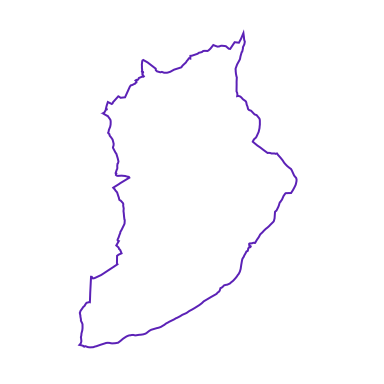 outline of Darjiu, Harghita, Romania, rotated 274°
{"feature_id": "2599482B71021034513413", "entity_name": "Darjiu", "entity_type": "district", "adm_level": 2, "iso_a3": "ROU", "parent_name": "Romania", "parent_adm1": "Harghita", "projection": "robinson", "projection_center": [25.165, 46.198], "detail": "fine", "context": "isolated", "style": "outline", "palette": "violet", "viewbox_px": 384, "rotation_deg": 274, "n_neighbors": 0, "source": "geoboundaries", "source_scale": "gbopen_adm2", "svg_char_len": 5962}
<svg xmlns="http://www.w3.org/2000/svg" viewBox="0 0 384 384"><g transform="rotate(274 192 192)"><path d="M236.4,274.1L235.9,272.6L236.1,272.1L236.2,271.6L236.0,269.0L236.0,268.5L236.3,267.6L236.4,266.9L236.4,265.5L236.2,264.7L238.9,260.4L241.3,256.8L242.9,254.0L246.4,249.1L248.0,249.7L249.3,250.5L250.4,251.7L251.5,252.4L256.6,254.3L260.5,254.9L261.9,254.9L264.0,255.0L268.0,254.7L269.4,254.4L270.2,253.9L273.2,251.1L273.3,250.8L273.6,249.5L273.8,249.0L274.3,248.4L276.9,245.6L277.3,245.0L277.7,243.3L278.5,242.3L279.1,242.0L281.1,241.4L282.9,240.5L285.4,239.8L285.9,239.5L286.4,239.1L288.1,236.3L289.5,234.9L290.4,233.8L290.7,233.2L291.1,231.4L290.8,230.4L292.1,230.5L292.8,230.4L294.1,230.1L295.5,229.4L302.5,229.0L305.0,228.8L309.5,228.7L310.4,228.3L313.0,227.6L315.9,227.1L316.8,227.1L317.3,226.9L318.2,226.9L322.4,228.1L326.7,230.1L328.0,230.6L330.7,230.9L335.0,231.8L335.5,232.3L338.8,232.8L339.9,232.7L343.0,233.9L345.6,234.2L347.3,233.5L348.7,233.2L350.1,233.0L354.1,232.2L348.2,230.2L344.2,228.4L344.4,224.1L337.4,220.1L337.5,218.7L339.0,216.7L339.8,215.6L339.9,214.6L340.0,211.4L339.7,210.2L339.1,209.0L338.8,207.3L339.4,205.1L340.1,203.0L336.2,200.3L334.3,198.5L333.7,197.4L333.8,196.3L333.6,194.0L333.4,193.5L333.2,193.0L332.5,192.4L332.0,191.3L331.3,189.0L330.3,188.0L328.0,182.5L327.7,180.9L325.0,181.0L325.3,179.8L325.2,179.6L323.5,178.6L322.2,177.6L320.8,176.9L317.7,174.0L316.6,173.2L315.8,172.8L315.5,172.4L312.8,165.6L310.4,161.9L309.3,159.1L309.0,155.9L309.7,153.6L309.2,152.1L309.9,148.7L311.0,147.4L312.5,147.2L318.2,138.6L320.3,134.2L319.7,133.4L318.6,133.2L315.4,133.1L314.1,133.3L312.1,133.4L311.4,133.6L310.8,133.6L310.3,133.8L308.5,133.6L308.3,133.8L308.7,134.1L308.4,134.7L307.7,134.9L307.3,134.6L307.1,134.3L306.5,134.2L306.3,134.2L305.6,134.4L305.4,134.8L305.1,135.0L304.5,135.4L304.0,135.9L303.9,135.8L303.6,135.5L303.6,135.3L303.5,134.0L302.8,132.7L302.1,131.2L301.9,131.0L301.4,130.8L300.7,130.6L300.1,130.0L299.9,129.5L300.0,128.8L299.3,127.9L298.7,128.6L297.9,129.0L297.4,128.9L297.0,128.2L295.9,127.4L295.9,127.1L294.6,125.0L294.1,123.5L292.6,122.6L281.8,118.6L281.0,114.2L281.9,112.8L282.3,111.8L276.0,106.9L274.9,106.6L274.2,105.8L275.9,101.8L272.4,100.9L269.0,100.3L268.7,101.3L268.8,102.0L268.1,100.4L265.2,99.0L264.8,98.4L264.8,98.7L263.9,98.3L263.2,99.7L262.5,101.2L262.2,101.6L262.1,102.5L259.2,104.9L258.0,105.7L256.3,106.0L253.5,106.1L251.3,105.8L248.3,104.8L245.9,104.5L245.3,104.2L244.8,104.4L244.0,105.5L242.4,106.0L240.7,107.6L238.8,109.1L237.4,109.6L234.6,110.5L233.0,110.5L231.0,110.0L230.4,110.2L226.0,112.9L224.8,113.9L220.3,115.6L217.3,116.5L216.2,116.3L215.4,116.1L215.0,115.7L212.8,115.6L211.2,115.8L209.9,115.8L209.1,115.4L205.6,114.5L205.3,115.0L205.2,114.9L204.8,114.9L203.7,114.9L203.1,115.8L202.9,116.8L203.4,120.6L203.3,124.3L202.9,125.9L202.7,127.8L202.4,128.2L201.9,128.5L195.8,119.8L194.8,118.6L190.8,113.1L190.1,113.7L189.2,114.9L188.4,115.3L186.4,117.3L182.2,119.0L181.4,119.4L180.8,119.5L179.1,120.1L178.7,120.8L178.4,121.5L176.2,123.8L175.2,124.3L173.5,124.3L170.9,125.0L168.1,125.0L166.2,125.4L163.0,125.9L159.9,126.5L159.5,126.8L158.4,126.9L155.7,126.9L154.3,126.4L153.6,126.1L149.6,124.5L147.1,123.3L145.7,123.2L144.5,122.7L141.7,122.0L139.3,121.1L138.5,121.2L138.1,121.6L137.9,122.4L133.4,120.2L131.6,122.5L130.9,122.9L130.0,123.3L129.9,123.6L129.0,124.5L125.9,126.0L124.4,123.2L123.1,121.7L115.6,122.1L114.7,122.7L104.0,108.7L102.8,107.1L99.3,100.8L99.0,99.8L98.9,99.1L99.1,98.9L99.2,98.5L99.7,98.4L99.8,98.3L99.9,98.0L100.3,98.0L100.4,97.9L100.4,97.2L84.5,97.5L76.1,97.8L74.9,97.8L75.0,97.0L74.4,95.6L74.3,94.9L73.7,94.2L71.9,93.2L71.1,92.9L69.4,91.3L68.2,90.7L66.8,89.8L65.2,88.9L64.3,88.8L63.5,88.5L63.1,88.7L61.7,89.0L61.4,89.2L59.8,89.4L57.2,90.1L56.3,90.1L55.6,90.3L53.6,91.5L52.4,92.0L48.6,92.3L46.4,92.2L43.1,91.6L41.3,91.6L39.4,91.3L39.2,91.4L35.8,92.0L35.0,92.0L33.3,91.6L32.8,91.3L31.6,90.4L31.3,92.6L30.9,94.3L30.4,94.6L30.5,95.1L30.3,95.4L30.5,95.6L30.7,96.1L30.7,96.5L30.0,99.0L29.9,101.1L30.3,104.3L30.7,105.2L31.1,106.1L31.4,107.2L33.1,111.1L35.0,115.9L35.4,116.8L35.7,118.5L35.7,120.4L35.5,121.4L35.4,122.9L35.8,125.9L36.5,128.8L38.7,131.3L40.7,133.3L42.1,135.1L43.3,136.7L44.0,138.0L44.6,139.4L44.7,140.5L45.0,141.2L45.3,143.0L45.3,143.5L45.0,145.3L45.1,146.0L45.8,149.0L46.1,151.1L46.6,153.3L47.5,155.6L48.5,156.9L49.0,157.4L50.6,159.2L51.7,160.9L52.6,163.3L53.8,166.5L54.1,167.6L54.5,168.7L54.9,169.6L55.4,170.6L56.5,172.1L57.5,173.6L59.1,175.4L60.3,177.4L60.9,178.2L63.6,182.9L65.0,184.9L65.5,186.0L67.3,188.9L68.8,190.9L70.6,194.4L71.4,195.6L72.7,197.1L73.4,198.1L74.7,200.2L76.4,202.7L79.7,207.2L81.7,209.5L83.8,211.4L88.5,218.2L91.6,222.9L92.2,223.7L93.5,224.6L94.2,225.6L95.5,226.5L98.1,227.1L98.6,228.2L99.2,228.8L99.5,229.2L101.0,230.4L101.4,231.2L101.4,231.4L101.7,232.2L102.0,233.6L103.0,235.5L103.4,236.2L104.8,237.5L105.9,238.8L106.9,239.7L109.2,241.5L110.8,242.6L112.6,243.6L113.5,244.3L115.9,245.3L118.7,245.9L122.7,246.2L127.5,246.7L128.9,247.0L129.7,247.4L131.1,248.2L132.2,248.5L134.6,249.7L136.4,250.4L136.8,250.9L136.9,251.5L137.3,251.7L138.0,251.9L139.4,252.0L140.1,252.3L140.7,252.9L140.8,253.5L141.0,253.9L141.5,254.3L141.8,254.4L142.1,254.2L142.2,253.2L142.4,252.9L143.3,252.9L144.0,252.6L144.4,252.7L144.7,253.1L145.0,255.4L145.5,256.5L145.7,257.3L145.7,257.6L145.5,258.1L145.6,258.5L148.7,260.0L151.7,261.8L154.2,262.9L154.8,263.3L156.6,265.0L158.4,266.4L160.4,268.2L161.9,269.9L163.7,271.6L164.5,272.2L167.9,275.2L168.5,275.6L169.3,275.8L171.5,276.2L176.2,276.2L177.8,276.2L178.2,276.3L179.3,277.5L180.4,278.0L183.1,279.1L184.7,279.6L187.0,280.1L187.9,280.4L188.4,281.0L189.3,281.4L190.7,282.3L194.4,283.6L196.9,285.1L197.3,285.5L197.4,285.8L197.9,290.9L201.0,292.6L204.1,294.0L206.4,294.9L208.0,295.2L210.3,295.5L211.9,295.4L213.3,294.9L214.7,293.5L215.6,292.7L220.6,290.0L221.9,289.1L222.8,287.6L224.5,285.2L226.1,283.4L227.6,281.9L229.9,280.2L232.4,277.9L234.9,275.3L236.4,274.1Z" fill="none" stroke="#5b21b6" stroke-width="2"/></g></svg>